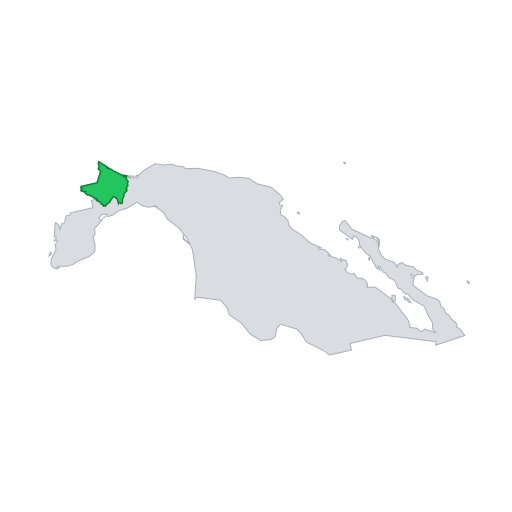 Mexico, with Chiapas highlighted, rotated 167°
{"feature_id": "MEX-2735", "entity_name": "Chiapas", "entity_type": "State", "adm_level": 1, "iso_a3": "MEX", "parent_name": "Mexico", "parent_adm1": "", "projection": "mercator", "projection_center": [-92.17, 16.27], "detail": "fine", "context": "in_parent", "style": "filled", "palette": "green", "viewbox_px": 512, "rotation_deg": 167, "n_neighbors": 0, "source": "natural_earth", "source_scale": "10m", "svg_char_len": 8738}
<svg xmlns="http://www.w3.org/2000/svg" viewBox="0 0 512 512"><g transform="rotate(167 256 256)"><path d="M70.4,131.5L101.1,128.7L99.6,131.9L148.1,149.7L184.1,149.6L184.2,142.9L206.6,143.0L210.5,147.8L226.2,160.7L230.0,171.5L232.8,175.6L247.4,184.0L252.0,180.8L255.6,173.0L260.0,171.2L270.6,172.6L279.3,181.3L285.2,193.7L295.3,205.0L295.9,212.1L300.3,220.8L322.4,229.0L325.4,227.7L318.7,249.8L316.5,276.0L317.5,281.6L323.2,289.0L322.0,293.0L322.3,289.0L317.6,282.6L319.1,288.5L324.8,300.6L334.2,312.1L336.3,319.2L342.8,326.5L341.0,326.3L344.7,328.1L343.5,327.0L350.4,327.9L355.3,330.4L359.6,335.1L371.2,331.6L379.7,331.0L385.4,328.3L391.3,327.7L392.5,328.8L392.1,330.2L397.0,331.2L400.3,328.9L399.4,325.2L397.8,326.1L398.2,325.4L407.1,319.1L407.7,314.0L410.3,311.1L410.4,302.8L412.0,296.6L418.8,293.0L430.8,291.1L436.1,288.9L442.0,288.5L451.6,290.6L452.4,289.2L449.9,289.2L453.2,288.2L457.0,291.0L457.7,294.7L455.7,299.6L449.4,307.2L449.2,312.2L446.0,315.3L446.6,316.4L449.4,316.0L446.4,319.1L446.4,320.4L448.4,320.0L444.5,332.5L443.6,333.7L441.5,330.8L441.1,326.1L438.3,331.0L435.4,331.3L431.8,337.8L427.6,337.7L427.2,339.8L403.9,339.8L403.9,347.3L398.5,347.3L411.2,358.8L410.8,363.1L394.4,363.1L388.4,373.6L390.1,376.3L388.0,383.3L376.1,371.3L366.6,363.3L360.7,360.2L360.1,361.0L365.5,363.8L357.1,361.3L357.6,359.4L355.4,360.2L354.0,358.5L352.5,360.3L355.3,361.2L351.0,361.7L346.8,364.4L333.5,368.6L324.9,365.2L317.6,364.5L312.7,361.3L307.8,360.0L304.7,356.9L292.9,354.5L278.1,348.0L268.5,342.0L264.5,337.9L254.5,336.5L245.0,333.0L239.0,326.2L225.9,319.7L219.0,310.7L216.6,305.1L221.8,302.5L221.0,300.1L218.6,299.3L222.1,295.1L222.5,290.0L219.6,288.3L216.9,283.2L216.9,278.5L215.0,274.4L207.3,266.5L200.5,256.9L189.9,248.7L192.9,250.3L193.1,248.4L187.5,246.7L183.3,240.1L186.2,240.3L178.0,235.9L176.8,233.7L173.7,234.5L173.2,233.5L175.6,230.9L171.6,232.9L169.2,231.0L168.7,226.7L171.6,222.8L172.6,223.5L170.6,219.5L167.9,217.0L164.5,217.1L162.1,211.7L157.8,210.6L155.3,208.2L153.5,203.5L154.6,200.5L147.0,199.0L133.8,183.7L133.0,180.0L131.0,178.9L122.3,159.7L121.6,153.8L122.5,151.8L115.1,149.3L113.4,146.2L111.0,145.1L108.4,146.9L98.4,141.0L100.2,144.8L99.1,152.2L101.3,158.0L103.3,169.0L113.4,178.6L116.7,185.0L118.2,184.8L119.0,186.7L120.5,186.9L121.9,191.1L124.7,192.3L126.5,201.0L131.6,205.4L133.4,210.2L135.8,211.7L137.6,217.5L139.7,218.9L138.4,214.6L141.3,217.1L144.9,230.1L148.2,233.8L152.6,243.1L152.0,247.0L152.9,250.5L156.7,253.9L158.0,250.5L168.7,262.5L167.8,267.0L163.6,270.3L161.3,270.7L156.7,260.8L139.9,247.5L138.4,247.7L134.9,243.5L134.2,240.7L135.1,234.4L133.6,228.4L131.0,224.1L122.8,218.8L121.1,213.6L119.6,215.9L115.4,216.9L112.3,213.4L104.6,209.7L103.4,206.7L97.6,202.3L97.1,200.8L103.0,201.6L106.5,200.3L106.5,201.7L109.4,203.2L108.3,199.7L106.9,199.4L109.7,192.3L98.4,178.8L89.0,172.9L87.2,169.9L87.2,164.8L84.9,163.2L84.0,157.4L81.0,154.9L80.5,151.5L76.3,146.1L75.6,143.5L76.9,141.8L74.0,139.6L70.4,131.5ZM133.2,183.9L132.3,187.3L129.3,186.2L130.4,181.0L132.2,180.5L133.2,183.9ZM121.1,183.2L116.7,179.5L115.6,175.6L117.8,176.9L118.3,179.0L120.5,179.6L121.1,183.2ZM455.6,306.2L454.6,305.2L455.1,303.7L457.8,302.5L455.6,306.2ZM135.1,247.7L132.0,244.2L133.8,237.2L133.3,243.5L135.1,247.7ZM95.4,197.5L93.1,197.0L94.6,193.2L95.7,196.0L95.4,197.5ZM56.2,184.8L54.2,182.3L54.6,181.2L55.3,181.3L56.2,184.8ZM137.7,247.8L139.5,250.4L135.7,247.8L137.7,247.8ZM206.0,288.4L205.6,289.5L204.6,289.0L204.2,287.2L206.0,288.4ZM153.8,240.7L154.5,242.8L152.4,240.1L153.8,240.7ZM146.3,226.6L147.4,227.5L145.7,229.5L146.3,226.6ZM149.7,327.4L148.9,327.7L147.8,326.8L148.7,325.7L149.7,327.4ZM395.4,327.8L393.4,328.3L396.9,327.1L395.4,327.8ZM164.0,252.7L162.9,252.5L162.8,250.5L164.0,252.7Z" fill="#d9dde1" stroke="#a8b0b8" stroke-width="1"/><path d="M398.2,347.3L398.1,347.5L398.4,347.7L398.8,347.8L399.0,347.9L399.1,348.2L399.4,348.2L399.7,348.2L400.1,348.2L400.2,348.3L400.3,348.5L400.4,348.8L400.4,349.0L400.5,349.1L400.8,349.2L400.9,349.3L401.0,349.5L401.1,349.8L401.6,350.3L402.0,350.4L402.2,350.5L402.3,350.7L402.3,350.8L402.8,351.4L402.9,351.5L402.9,351.8L403.1,351.9L403.6,352.1L403.8,352.4L404.0,352.3L404.0,352.2L403.9,352.1L404.2,352.0L404.3,352.1L404.2,352.4L404.4,352.5L404.8,352.9L405.0,353.0L405.9,353.3L406.1,353.3L406.2,353.2L406.4,353.3L406.3,353.6L406.5,353.7L407.0,353.9L407.1,354.1L408.0,355.3L408.2,355.8L408.0,356.1L408.3,356.0L408.4,356.3L408.3,356.6L408.4,356.8L408.3,357.0L408.6,357.0L408.7,357.3L408.5,357.5L408.8,357.6L409.0,357.6L409.5,357.5L409.7,357.8L410.0,357.8L410.3,357.9L410.4,358.0L410.5,358.3L410.9,358.4L411.0,358.4L411.1,358.5L411.3,358.5L411.4,358.4L411.5,358.5L411.5,358.8L411.7,359.1L411.3,359.1L411.2,359.1L411.2,359.3L411.2,359.2L411.3,359.2L411.4,359.4L411.4,359.6L411.2,359.8L410.9,359.9L411.0,360.0L410.9,360.2L410.9,360.3L411.0,360.5L410.9,360.5L410.8,360.4L410.7,360.6L410.8,360.8L411.0,360.9L410.8,361.0L410.7,361.1L410.6,361.3L410.6,361.5L411.0,361.7L411.1,361.9L410.8,362.0L411.0,362.2L410.7,362.5L410.8,362.7L411.0,362.6L410.9,362.7L410.9,362.9L410.8,363.0L410.6,363.1L410.3,363.1L409.2,363.1L403.9,363.1L402.1,363.1L400.4,363.1L396.9,363.1L394.5,363.1L394.3,363.2L394.2,363.4L393.9,363.9L393.7,364.3L393.0,365.4L392.2,366.9L391.1,368.7L390.1,370.4L388.4,373.4L388.3,373.7L388.3,373.9L388.4,374.1L390.1,376.3L389.8,376.9L389.7,377.0L389.4,377.1L389.2,377.2L389.0,377.3L389.0,377.8L389.0,378.6L388.9,379.0L388.6,379.3L388.6,379.7L388.6,379.8L388.7,380.2L388.7,380.3L388.7,380.5L388.9,381.2L389.0,381.4L388.9,381.6L388.6,382.2L388.4,382.9L388.1,383.2L387.9,383.3L387.8,383.2L387.1,382.3L386.1,381.4L384.5,379.8L382.1,377.3L380.5,375.5L380.3,375.1L380.3,374.9L380.5,375.0L381.0,375.2L381.2,375.3L381.2,375.5L381.3,375.8L381.4,376.0L381.6,376.0L381.5,375.8L381.4,375.2L381.2,375.0L381.0,374.9L380.8,374.8L380.5,374.7L380.3,374.8L380.3,374.5L380.1,374.5L380.2,374.8L380.0,374.7L379.2,374.1L378.7,373.9L378.3,373.4L377.3,372.7L376.1,371.3L375.9,370.9L375.7,370.8L375.3,370.6L372.2,368.0L372.0,367.9L369.9,366.2L368.6,365.3L366.2,363.9L366.4,363.8L366.7,363.8L366.8,363.8L367.0,364.0L367.2,363.9L367.4,363.7L367.1,363.4L367.0,363.1L366.8,362.8L366.5,362.7L364.9,362.4L364.6,362.2L364.4,362.0L364.5,361.9L364.6,361.7L364.8,361.4L364.9,361.2L365.0,360.9L365.0,360.6L365.0,360.4L365.0,360.0L364.8,359.6L364.6,359.1L364.5,358.8L364.3,358.3L364.1,358.0L364.0,357.8L363.9,357.3L364.2,356.7L364.6,356.2L364.9,355.7L365.0,355.5L365.0,355.2L365.1,354.9L365.0,354.7L365.0,354.4L365.0,354.0L364.9,353.6L365.0,353.4L365.1,353.2L365.4,353.0L365.7,352.9L365.9,352.8L366.6,352.3L366.7,352.2L366.7,351.9L366.7,351.4L366.7,351.1L366.7,350.7L366.8,350.5L367.2,350.6L367.2,350.4L367.2,350.2L367.2,349.8L367.2,349.4L367.2,349.1L367.1,348.7L367.3,348.7L367.7,348.3L369.6,347.1L369.9,346.9L370.1,346.7L370.4,346.5L370.5,346.2L370.7,345.7L371.1,344.9L371.2,344.6L371.4,344.2L371.5,343.8L371.6,343.7L371.7,343.4L371.8,343.3L372.0,343.2L372.2,342.8L372.3,342.8L372.4,342.6L372.6,342.5L372.8,342.3L373.0,342.2L373.1,341.7L373.2,341.3L373.5,340.5L373.7,339.7L373.9,338.9L374.2,338.1L374.3,337.8L374.5,337.7L374.8,337.4L375.0,337.4L375.3,337.5L375.8,337.6L376.1,337.9L376.4,338.0L376.7,338.4L377.1,338.7L377.6,338.8L377.8,338.5L378.1,338.5L378.3,338.2L378.3,338.5L378.3,338.8L378.3,339.2L378.4,339.4L378.4,339.7L378.4,339.9L378.3,340.1L378.2,340.3L378.2,340.5L378.1,341.2L378.2,341.8L378.4,342.3L378.4,342.9L378.4,343.2L378.5,343.5L379.0,343.6L379.4,343.7L379.6,344.0L379.8,344.3L380.0,344.7L380.1,344.9L380.3,345.2L380.4,345.4L380.6,345.5L381.0,345.7L381.4,345.9L381.8,345.8L382.1,345.6L382.3,345.5L382.3,345.4L382.9,344.9L383.1,344.7L383.5,344.3L383.6,344.2L384.7,343.3L384.9,343.0L385.2,342.8L385.4,342.6L385.7,342.5L386.1,342.4L386.2,342.2L386.2,341.8L386.3,341.4L386.6,341.2L387.1,341.0L387.5,340.9L387.9,340.8L388.2,340.7L388.6,340.6L388.9,340.4L389.1,340.2L389.5,340.2L390.0,340.2L390.0,339.6L390.3,339.2L390.7,338.9L391.1,338.6L391.3,338.6L391.6,338.6L391.6,339.1L391.7,339.3L391.8,339.2L392.0,338.9L392.3,338.8L392.5,338.9L392.8,339.0L393.0,338.8L393.3,338.9L393.6,339.1L393.7,339.4L393.8,339.5L393.7,339.7L393.8,339.8L393.8,340.0L393.9,340.4L393.8,340.5L393.7,340.7L393.6,341.0L393.8,341.1L394.1,341.1L394.3,341.1L394.6,341.1L394.9,341.2L395.1,341.6L395.3,342.0L395.4,342.5L395.5,342.9L395.5,343.1L395.5,343.3L395.5,343.5L395.8,343.9L396.0,344.0L396.3,344.1L396.6,344.2L396.9,344.3L397.2,344.4L397.3,344.5L397.5,344.6L397.5,344.8L397.4,345.2L397.5,345.4L397.6,345.5L397.8,345.5L398.0,345.5L398.3,345.5L398.5,345.7L398.8,346.2L398.8,346.3L398.8,346.5L398.6,346.5L398.3,346.5L398.2,346.7L398.2,346.9L398.2,347.1L398.2,347.3L398.2,347.3ZM364.3,362.7L364.4,362.8L364.8,363.0L365.1,363.5L365.7,363.8L365.9,363.9L366.0,364.1L364.0,363.3L364.3,362.7Z" fill="#22c55e" stroke="#15803d" stroke-width="1.5"/></g></svg>